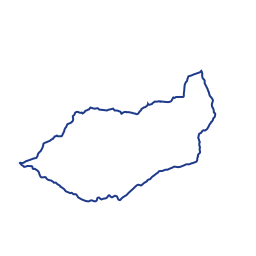 Daga, Wangdi Phodrang, Bhutan, rotated 120°
{"feature_id": "84629894B46024490365368", "entity_name": "Daga", "entity_type": "district", "adm_level": 2, "iso_a3": "BTN", "parent_name": "Bhutan", "parent_adm1": "Wangdi Phodrang", "projection": "mercator", "projection_center": [89.96, 27.228], "detail": "fine", "context": "isolated", "style": "outline", "palette": "blue", "viewbox_px": 256, "rotation_deg": 120, "n_neighbors": 0, "source": "geoboundaries", "source_scale": "gbopen_adm2", "svg_char_len": 5829}
<svg xmlns="http://www.w3.org/2000/svg" viewBox="0 0 256 256"><g transform="rotate(120 128 128)"><path d="M149.8,79.4L148.9,78.2L148.1,76.9L146.7,75.7L145.6,74.9L144.9,73.9L144.3,72.9L142.0,71.3L141.0,70.4L140.6,70.1L138.4,68.7L138.2,68.3L137.9,67.7L137.0,65.2L135.3,63.1L133.7,61.9L132.8,61.1L130.7,59.7L129.7,58.5L129.1,57.2L128.3,56.3L126.7,55.3L125.9,54.2L124.7,53.4L123.8,52.5L122.7,51.9L121.8,51.9L120.6,52.3L119.1,53.0L118.6,53.1L117.6,53.1L117.3,53.5L117.1,53.6L116.3,53.8L115.8,53.9L115.3,53.8L114.2,53.5L113.9,53.4L113.4,53.4L113.0,53.5L112.7,53.6L112.0,54.2L111.0,55.1L110.6,55.4L110.1,55.5L109.8,55.7L108.6,56.1L108.4,56.3L107.5,57.5L106.2,58.2L105.5,58.7L105.1,58.8L104.6,58.7L104.3,58.8L104.0,59.1L103.2,60.4L102.7,60.8L102.4,60.9L102.1,61.2L101.4,62.3L100.6,62.6L100.2,62.6L99.7,62.8L99.0,63.0L98.3,63.3L97.9,63.5L97.1,63.2L96.6,63.0L96.0,62.5L94.7,62.2L93.7,62.2L92.9,61.9L92.7,61.8L92.1,61.3L92.0,60.7L91.6,60.0L90.2,59.3L89.4,59.0L89.1,59.0L88.5,59.0L88.1,58.9L87.4,59.0L86.6,58.9L85.6,59.0L85.0,59.1L83.3,59.1L82.6,58.8L82.4,58.8L81.7,59.0L81.3,59.0L80.9,58.7L80.2,58.6L79.9,58.5L78.7,58.5L78.3,58.5L77.3,58.9L77.0,59.0L76.7,58.9L75.9,58.5L75.6,58.5L74.3,58.6L73.0,59.1L72.4,59.4L71.9,59.8L71.7,60.3L71.7,61.0L71.6,61.4L71.3,61.6L70.9,61.8L70.7,62.0L69.3,63.1L68.5,64.0L68.3,64.2L68.2,64.8L67.1,66.2L66.4,66.7L65.4,67.3L63.7,67.7L61.9,68.1L61.4,68.5L60.7,69.4L59.8,71.4L59.5,72.7L58.9,73.6L58.1,74.4L57.4,75.3L56.2,76.2L55.8,77.2L54.5,78.5L50.9,84.0L49.9,84.6L48.9,85.1L48.5,85.7L48.0,86.2L47.9,87.0L47.7,87.9L47.2,88.6L46.4,89.3L45.7,89.9L44.8,90.4L43.9,90.7L43.4,91.3L42.4,92.2L41.9,93.1L43.7,93.5L46.4,95.8L48.9,98.0L51.0,99.5L53.0,101.5L55.9,101.0L57.9,100.4L59.5,100.8L62.2,100.5L65.3,99.1L67.5,98.0L70.5,96.8L72.1,95.8L72.8,95.6L73.2,95.6L73.8,96.1L75.5,99.2L76.1,100.0L76.8,101.4L77.3,102.0L78.7,102.7L78.9,103.8L78.9,104.0L79.2,104.1L79.8,104.0L80.8,104.0L82.9,104.0L83.8,104.4L85.2,105.7L86.2,107.5L88.4,112.4L88.8,112.8L88.6,112.9L89.2,114.2L89.6,114.9L90.7,116.0L91.2,116.9L91.7,118.0L92.9,118.5L93.8,119.0L94.5,119.2L95.3,119.3L96.3,120.3L97.3,121.2L97.5,121.9L97.2,122.6L97.6,122.4L98.9,122.7L99.7,122.7L100.5,123.2L101.4,123.5L101.5,123.8L102.3,124.6L102.7,124.7L104.7,125.8L106.2,125.6L107.2,126.0L108.2,126.2L109.1,126.2L110.4,126.4L111.6,127.2L111.9,128.0L112.0,129.4L112.4,130.3L112.7,130.8L112.9,132.4L113.3,133.5L113.7,134.5L114.1,135.7L115.0,136.9L115.0,137.6L115.5,138.5L116.3,139.4L117.5,140.2L118.9,140.7L118.9,141.0L118.0,142.1L117.7,143.3L118.0,144.1L118.0,144.9L118.6,146.8L119.5,148.3L118.7,150.7L120.3,152.2L122.1,154.2L123.3,154.9L124.9,158.7L125.2,159.5L125.8,160.6L126.4,162.0L126.2,163.3L126.0,163.9L126.1,164.3L126.9,165.3L127.7,166.1L128.3,167.5L129.1,170.8L129.7,170.9L130.6,170.9L131.6,171.2L131.8,171.6L132.6,172.0L133.3,172.5L134.4,173.5L135.0,173.6L135.9,173.6L137.1,174.1L138.1,174.6L137.8,175.8L138.4,176.3L139.0,177.8L139.0,178.9L139.4,180.0L139.8,180.5L140.5,181.1L141.4,181.4L142.2,181.2L143.4,181.1L145.4,181.7L146.1,181.2L146.9,180.6L147.4,180.1L148.1,179.7L149.3,179.4L150.2,179.4L150.8,179.8L151.5,179.8L153.3,181.0L154.3,181.9L155.2,182.4L156.0,182.3L158.1,182.0L158.9,182.2L159.6,182.3L160.4,182.3L163.2,181.6L164.1,181.5L166.0,181.5L167.4,181.2L168.4,181.5L168.8,182.3L169.2,182.7L169.9,184.1L170.2,184.5L170.3,184.9L170.3,185.2L170.1,185.7L170.3,186.0L171.1,186.3L171.5,186.6L171.7,186.9L172.0,187.3L173.2,187.3L173.9,187.6L174.4,187.6L174.7,187.5L176.0,188.4L176.4,188.6L177.4,188.9L177.6,189.0L178.1,189.3L178.6,189.6L180.2,190.9L180.7,191.2L180.9,191.4L181.5,191.8L181.9,192.2L182.3,192.6L182.8,192.9L183.2,193.0L183.8,193.3L184.2,193.3L184.8,193.1L185.2,192.8L185.9,192.6L186.2,192.6L187.0,192.3L189.8,192.1L191.7,192.1L192.5,192.4L193.9,192.8L194.8,192.9L195.5,192.9L196.4,192.7L197.3,192.4L198.2,192.4L199.6,192.4L200.3,193.0L200.9,193.7L201.7,194.5L202.0,194.9L202.7,195.4L204.9,197.2L205.9,198.1L206.9,198.9L207.1,199.2L207.4,199.5L209.5,200.7L210.2,200.9L210.5,201.2L211.4,202.4L211.9,203.4L212.0,204.0L212.4,204.1L213.2,201.6L213.3,199.5L213.6,198.7L213.4,198.2L212.9,197.6L212.3,197.1L211.0,195.9L210.6,195.1L210.1,193.9L209.4,192.9L209.2,192.0L209.5,191.3L210.7,190.3L210.9,189.7L210.7,189.3L209.9,188.2L210.1,186.2L210.1,185.1L210.7,183.4L211.8,182.1L213.1,180.7L213.9,179.3L214.1,178.5L213.1,176.7L212.3,175.8L211.9,175.1L211.9,174.3L212.5,173.4L212.8,171.8L212.7,170.7L211.9,168.3L212.0,167.0L212.1,165.7L212.4,164.7L211.8,163.9L211.4,163.1L211.7,162.1L212.0,160.9L211.9,159.4L212.1,158.1L212.3,157.2L212.6,157.1L212.6,154.9L212.8,153.7L212.9,152.7L213.2,151.9L213.4,151.3L213.7,150.9L213.8,150.6L213.8,150.0L213.8,149.5L213.8,148.8L213.4,146.6L213.4,145.8L213.3,145.5L213.1,145.2L212.8,144.9L212.3,144.4L212.3,144.2L212.3,143.7L212.5,142.9L212.6,142.5L212.6,142.0L212.5,141.7L211.8,140.9L211.6,140.5L211.5,140.0L211.5,139.5L211.6,139.2L211.9,138.5L212.5,137.4L212.9,136.8L213.0,136.4L213.0,132.8L213.0,132.4L212.6,129.7L212.3,128.0L211.7,126.4L211.6,126.2L211.5,125.9L211.0,125.2L210.7,124.9L209.5,124.2L209.0,123.6L208.8,123.3L208.4,121.0L208.3,120.5L207.9,119.8L207.7,119.5L207.3,119.2L206.9,119.0L206.1,118.9L205.6,119.0L204.8,119.3L204.2,119.4L203.7,119.4L203.0,118.8L202.8,118.5L202.8,117.8L202.9,117.4L203.1,116.7L203.2,116.1L203.2,115.5L202.9,115.1L202.6,114.7L201.8,114.2L201.4,113.8L200.9,113.2L200.7,112.8L200.1,112.2L199.3,111.6L198.0,111.3L196.4,111.2L195.8,110.8L195.6,110.2L196.1,109.1L196.2,107.7L196.1,107.2L195.1,106.6L193.2,105.4L192.9,104.3L192.8,103.3L194.6,100.8L194.8,100.0L194.5,99.0L193.9,98.6L192.7,98.5L190.6,97.8L186.7,95.7L183.7,95.0L177.2,92.9L174.3,92.1L173.1,91.6L172.1,90.9L171.5,89.3L171.3,88.0L170.4,87.5L168.3,86.9L167.0,86.3L164.8,85.0L163.4,85.0L162.3,84.3L161.1,83.2L159.0,82.9L157.5,82.4L155.9,81.6L153.7,80.8L152.0,79.9L150.9,79.7L149.8,79.4Z" fill="none" stroke="#1e3a8a" stroke-width="2"/></g></svg>